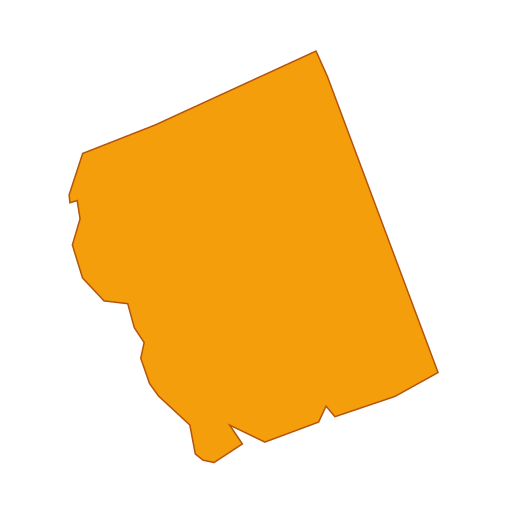 Wilkinson, Georgia, United States of America, rotated 185°
{"feature_id": "52423323B58767298738144", "entity_name": "Wilkinson", "entity_type": "district", "adm_level": 2, "iso_a3": "USA", "parent_name": "United States of America", "parent_adm1": "Georgia", "projection": "mercator", "projection_center": [-83.113, 32.796], "detail": "fine", "context": "isolated", "style": "filled", "palette": "amber", "viewbox_px": 512, "rotation_deg": 185, "n_neighbors": 0, "source": "geoboundaries", "source_scale": "gbopen_adm2", "svg_char_len": 522}
<svg xmlns="http://www.w3.org/2000/svg" viewBox="0 0 512 512"><g transform="rotate(185 256 256)"><path d="M214.1,465.4L368.2,377.6L437.6,343.1L447.5,300.6L446.0,292.8L439.0,295.7L434.5,277.7L439.9,251.0L426.9,219.0L403.4,198.0L379.6,197.3L371.0,174.0L359.9,160.0L361.9,144.1L350.9,119.6L340.9,108.0L307.2,81.9L299.2,53.5L291.0,48.0L279.8,46.6L253.2,67.6L267.4,85.2L231.0,71.4L179.2,96.0L173.1,112.5L163.4,102.8L105.4,128.2L64.5,155.8L200.6,441.2L214.1,465.4Z" fill="#f59e0b" stroke="#b45309" stroke-width="1.5"/></g></svg>